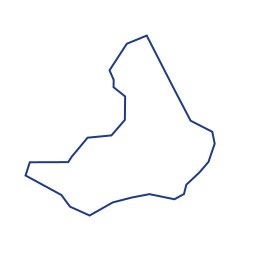 outline of Håbo, Uppsala, Sweden, rotated 194°
{"feature_id": "70781695B92179947733234", "entity_name": "Håbo", "entity_type": "district", "adm_level": 2, "iso_a3": "SWE", "parent_name": "Sweden", "parent_adm1": "Uppsala", "projection": "robinson", "projection_center": [17.508, 59.623], "detail": "fine", "context": "isolated", "style": "outline", "palette": "blue", "viewbox_px": 256, "rotation_deg": 194, "n_neighbors": 0, "source": "geoboundaries", "source_scale": "gbopen_adm2", "svg_char_len": 545}
<svg xmlns="http://www.w3.org/2000/svg" viewBox="0 0 256 256"><g transform="rotate(194 128 128)"><path d="M144.1,33.8L124.8,52.1L107.2,61.6L91.2,69.0L65.7,70.1L57.7,77.5L57.7,87.1L48.1,101.9L41.7,114.6L40.1,133.8L45.3,144.7L69.0,150.2L94.1,178.5L132.2,222.2L149.5,209.5L159.9,179.5L153.5,171.2L151.9,164.1L138.4,157.9L133.0,135.1L142.3,116.8L164.9,108.8L169.8,98.6L175.6,86.7L177.8,80.4L178.2,80.3L215.0,71.0L215.9,57.1L179.2,47.6L176.4,46.9L169.5,41.1L165.1,37.6L147.4,34.4L144.1,33.8Z" fill="none" stroke="#1e3a8a" stroke-width="2"/></g></svg>